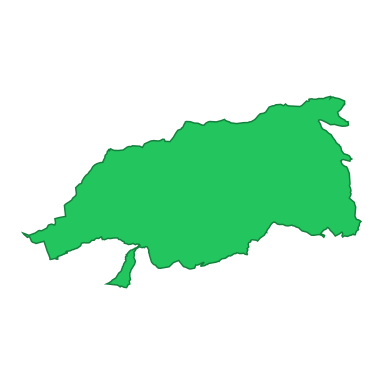 the district of Uricani, Hunedoara, Romania
{"feature_id": "2599482B26293441607142", "entity_name": "Uricani", "entity_type": "district", "adm_level": 2, "iso_a3": "ROU", "parent_name": "Romania", "parent_adm1": "Hunedoara", "projection": "natural_earth1", "projection_center": [23.022, 45.316], "detail": "fine", "context": "isolated", "style": "filled", "palette": "green", "viewbox_px": 384, "rotation_deg": 0, "n_neighbors": 0, "source": "geoboundaries", "source_scale": "gbopen_adm2", "svg_char_len": 6030}
<svg xmlns="http://www.w3.org/2000/svg" viewBox="0 0 384 384"><path d="M245.0,254.2L247.1,254.7L247.4,254.4L246.8,252.7L247.8,249.9L247.1,248.7L248.8,246.9L248.2,244.6L248.6,242.6L250.4,242.0L250.8,241.5L250.6,240.5L252.1,239.7L256.2,240.2L257.6,241.0L260.3,237.9L264.2,235.2L266.1,232.2L266.7,232.5L266.7,231.0L267.6,229.4L269.0,227.7L270.8,224.7L272.5,222.8L273.4,222.2L275.2,222.3L277.5,224.1L279.4,224.5L283.0,224.4L285.5,225.6L288.0,225.9L292.1,225.1L292.5,225.6L294.8,226.1L296.1,227.0L298.7,227.7L300.2,229.3L302.1,230.9L306.8,232.1L311.4,235.2L313.6,235.3L318.5,234.6L319.9,234.7L321.9,235.5L323.8,237.2L324.6,235.7L323.8,234.9L323.0,234.9L322.1,234.3L319.9,234.2L320.4,234.1L322.1,231.8L323.9,230.0L325.9,229.2L327.5,227.5L328.1,227.6L329.7,229.3L330.2,230.3L332.8,232.7L335.3,236.0L339.9,233.6L341.8,232.1L342.3,232.5L342.7,233.8L342.6,234.4L342.0,235.3L342.0,235.9L342.7,237.0L344.2,235.9L347.7,236.4L350.2,235.2L350.8,235.4L353.2,234.1L354.0,234.8L355.3,234.7L355.7,232.9L356.6,231.0L358.5,229.7L358.0,228.2L358.4,226.8L359.3,225.6L359.5,223.1L361.0,221.4L358.6,219.9L356.4,219.4L354.9,216.1L355.7,207.0L354.9,205.1L354.3,202.4L349.3,198.1L350.8,195.0L351.0,193.5L350.3,192.3L351.0,190.9L350.5,188.3L349.4,185.9L350.0,184.0L349.3,173.3L348.2,170.7L347.7,168.9L346.6,166.9L344.7,166.3L342.4,164.6L341.5,163.1L341.3,161.5L340.7,161.0L342.4,159.6L343.2,159.5L349.9,161.2L350.4,159.3L351.3,159.3L351.8,159.0L350.7,158.2L349.5,156.0L347.2,154.8L344.2,153.9L343.6,153.4L341.7,150.8L340.6,146.6L339.8,146.2L338.9,144.6L338.2,144.4L336.1,142.5L335.5,141.0L332.8,137.5L331.2,134.8L328.5,133.1L326.1,130.7L322.5,128.9L321.0,126.2L320.9,125.4L319.8,122.9L318.5,121.1L318.9,120.0L321.0,119.9L327.0,122.7L330.4,124.7L334.7,124.4L338.0,125.4L342.2,126.2L345.2,126.1L347.3,125.7L348.4,125.1L348.2,122.7L347.7,122.2L347.9,121.7L346.9,121.7L345.5,121.1L344.8,120.0L341.4,118.3L338.7,116.0L337.6,112.2L340.8,109.5L344.0,104.6L344.5,104.7L344.8,103.8L344.5,103.6L344.7,101.1L339.0,98.6L334.8,97.8L333.0,97.0L331.9,97.2L330.3,98.4L330.8,97.0L330.8,96.5L330.5,96.4L325.4,97.7L323.7,98.6L318.7,98.5L316.1,99.3L313.1,99.2L312.0,98.8L309.3,99.1L308.9,99.3L309.3,99.9L309.1,101.0L307.6,101.4L306.6,101.0L301.8,105.6L299.9,106.5L288.3,105.9L287.0,105.3L285.5,104.0L283.6,105.7L280.8,104.4L275.8,104.8L274.0,105.8L272.6,105.8L269.1,107.1L265.7,112.1L263.7,113.2L260.2,113.8L258.2,115.7L256.0,118.4L254.5,119.8L251.0,121.8L249.9,121.8L247.7,122.6L244.3,122.6L236.6,123.6L231.8,123.0L230.5,122.8L229.7,122.0L226.3,120.9L225.4,120.4L224.5,119.4L221.0,120.7L216.3,121.9L209.7,121.5L208.1,121.9L205.5,123.4L204.4,125.0L202.4,125.2L198.1,123.3L194.0,123.0L190.3,121.7L186.2,121.5L185.2,122.1L185.1,123.0L184.4,123.8L182.7,127.6L181.6,128.0L181.0,129.2L177.9,130.2L176.2,132.5L173.5,137.2L170.0,141.6L165.0,141.3L164.3,139.4L162.7,139.2L160.3,140.6L158.3,141.0L153.6,140.6L150.8,141.0L144.5,143.9L142.4,147.5L139.7,146.2L132.5,145.8L130.9,146.6L129.0,146.5L127.2,147.1L123.2,150.0L118.6,150.5L114.2,150.4L112.8,150.0L110.6,148.8L110.2,149.0L110.1,149.8L109.7,149.7L109.5,150.3L109.1,149.9L108.9,150.3L108.5,149.9L108.1,150.8L107.4,151.2L107.0,153.2L106.5,154.1L105.3,155.2L104.9,156.6L105.0,157.5L103.7,159.8L103.8,160.2L102.9,161.5L102.9,162.2L101.8,162.5L100.3,162.6L97.0,163.7L94.6,165.0L92.7,166.9L91.0,170.0L89.3,171.8L87.9,173.9L86.1,175.2L84.2,177.5L82.2,180.9L81.5,183.4L79.3,184.2L75.7,187.7L76.4,193.8L75.7,195.7L72.7,198.2L71.6,200.2L65.4,204.3L64.4,205.5L65.6,216.4L59.5,217.5L54.9,218.7L55.5,222.7L54.9,224.8L54.2,225.0L51.6,224.1L48.8,224.9L48.3,225.3L46.8,228.1L41.5,230.8L39.7,230.5L38.6,230.7L35.3,233.0L29.0,235.3L23.0,233.1L23.8,234.2L27.5,237.4L29.1,236.7L29.7,237.0L31.5,241.3L32.9,242.4L34.4,242.7L35.9,243.5L44.0,241.3L47.4,251.6L49.0,255.3L50.0,258.3L50.0,259.4L50.4,259.5L56.2,258.2L56.2,259.1L56.7,259.1L56.8,258.3L58.1,259.6L57.5,258.1L57.9,257.4L57.6,256.5L61.7,255.2L64.2,253.8L64.7,254.0L65.5,253.0L66.5,253.2L67.2,253.0L67.3,252.7L66.1,251.9L66.5,251.4L70.2,250.8L72.6,249.6L73.6,249.6L74.3,249.1L77.4,248.1L80.3,246.0L80.8,245.4L81.0,244.2L82.0,243.0L83.4,242.9L84.0,242.6L85.8,242.9L89.0,242.8L90.1,242.1L91.6,240.4L94.2,240.2L94.9,239.2L96.1,238.5L96.9,238.2L98.6,238.5L101.1,236.9L101.7,237.1L101.8,238.1L102.4,239.5L103.1,239.3L104.5,239.7L107.9,238.3L110.4,238.6L113.5,238.0L117.6,237.9L118.8,239.5L120.3,239.5L122.5,241.2L123.9,241.6L124.3,242.2L124.3,243.2L127.2,243.8L128.3,244.5L131.0,244.2L133.0,243.4L135.4,244.7L136.8,244.0L139.3,244.3L139.9,245.2L139.0,245.4L137.0,247.4L135.9,248.0L135.1,248.1L134.4,248.9L133.4,249.1L132.1,250.0L130.7,250.2L129.0,251.6L128.7,252.4L128.1,252.7L127.3,254.1L126.3,254.5L126.5,255.3L127.0,255.9L125.9,256.3L125.6,256.8L125.5,257.8L125.8,258.5L125.4,259.4L125.8,259.9L125.9,260.8L125.6,261.6L124.6,262.2L124.6,262.8L123.7,264.0L123.3,265.8L122.4,267.1L122.4,268.1L121.6,269.3L121.6,270.5L119.5,272.6L118.8,273.0L115.9,277.9L112.3,280.1L111.4,281.2L109.1,282.8L106.7,283.9L117.1,285.0L118.9,285.8L119.6,286.6L120.5,286.8L120.9,286.1L121.6,286.1L124.1,287.3L126.6,287.6L128.2,284.6L129.8,283.9L129.2,280.9L130.5,279.7L129.8,276.5L129.8,273.0L130.4,272.1L131.1,269.8L134.6,264.2L135.4,261.2L133.7,257.3L134.4,255.5L134.0,252.1L135.4,250.4L136.1,248.8L139.6,246.8L142.1,247.7L143.4,247.2L144.2,247.7L145.6,246.6L147.2,246.9L149.0,250.4L148.6,251.0L148.8,251.7L148.8,252.9L149.4,253.6L149.4,254.9L151.5,261.9L152.8,263.6L153.9,264.6L155.8,265.3L156.7,266.8L157.9,267.4L158.2,268.1L160.2,268.3L169.1,266.8L173.4,262.6L178.7,260.5L183.5,266.6L185.7,267.2L188.8,268.7L189.9,269.0L191.4,268.8L194.3,268.2L195.0,267.7L194.9,267.1L195.9,264.9L196.8,265.1L198.7,264.7L203.2,262.4L203.8,262.6L203.4,263.5L201.2,265.2L200.8,265.8L201.0,266.2L204.8,265.6L206.4,264.5L207.2,264.5L209.0,263.4L215.9,262.2L218.5,261.3L219.1,261.4L219.8,260.4L221.9,258.8L225.2,258.3L226.8,257.4L227.2,256.6L228.0,256.4L228.6,255.8L230.8,255.9L231.3,255.3L232.5,254.9L232.8,254.4L234.9,253.5L235.8,253.6L236.9,252.7L239.8,253.6L243.9,253.3L245.0,254.2Z" fill="#22c55e" stroke="#15803d" stroke-width="1.5"/></svg>